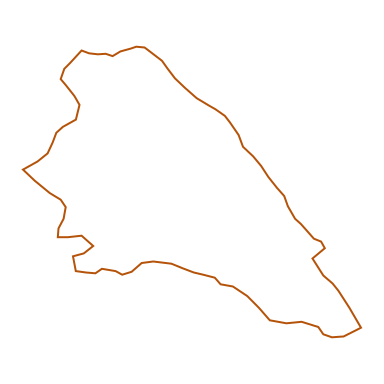 the district of Paralimni, Famagusta, Cyprus
{"feature_id": "46923920B46999438431998", "entity_name": "Paralimni", "entity_type": "district", "adm_level": 2, "iso_a3": "CYP", "parent_name": "Cyprus", "parent_adm1": "Famagusta", "projection": "natural_earth1", "projection_center": [34.012, 35.027], "detail": "fine", "context": "isolated", "style": "outline", "palette": "amber", "viewbox_px": 384, "rotation_deg": 0, "n_neighbors": 0, "source": "geoboundaries", "source_scale": "gbopen_adm2", "svg_char_len": 1156}
<svg xmlns="http://www.w3.org/2000/svg" viewBox="0 0 384 384"><path d="M340.1,336.7L343.6,336.5L361.0,327.7L349.4,307.8L338.5,290.9L332.7,283.6L323.3,275.5L312.5,258.5L324.8,248.2L321.1,241.6L313.9,238.7L300.9,224.0L295.1,218.8L287.9,206.3L284.2,196.0L277.0,187.9L268.3,176.9L261.1,165.9L253.1,156.3L243.0,146.8L238.6,135.0L230.0,122.5L224.9,115.9L215.5,109.3L209.0,105.6L196.7,98.2L185.1,88.0L175.0,78.4L167.7,68.8L162.0,60.8L150.4,51.9L144.6,47.5L136.3,46.7L130.7,48.6L120.5,51.4L112.6,56.1L105.7,53.8L97.8,54.3L89.0,53.3L81.6,50.5L70.1,63.0L64.3,68.8L60.7,79.1L65.7,85.0L74.4,96.0L79.5,104.9L75.9,119.6L62.8,126.9L56.3,132.8L52.7,142.4L47.6,153.4L37.5,161.5L23.0,169.6L34.6,180.6L49.8,193.1L60.7,199.7L65.7,207.1L63.6,218.8L58.5,228.4L57.8,237.2L67.9,237.2L81.6,235.7L93.2,246.0L83.8,253.4L73.0,256.3L75.8,271.1L86.0,272.5L95.4,273.3L101.9,268.8L115.6,271.1L122.2,274.7L131.6,271.8L141.7,263.0L153.3,261.5L171.4,263.7L182.2,268.1L193.8,272.5L203.2,274.7L214.8,277.7L220.6,284.3L232.9,286.5L247.3,296.1L258.9,307.8L269.8,320.3L286.4,323.3L301.6,321.8L318.3,327.0L323.3,334.3L332.0,337.3L340.1,336.7Z" fill="none" stroke="#b45309" stroke-width="2"/></svg>